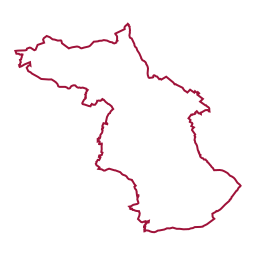 Floresti, Mehedinti, Romania (Equal Earth projection)
{"feature_id": "2599482B87855176216946", "entity_name": "Floresti", "entity_type": "district", "adm_level": 2, "iso_a3": "ROU", "parent_name": "Romania", "parent_adm1": "Mehedinti", "projection": "equal_earth", "projection_center": [22.911, 44.797], "detail": "fine", "context": "isolated", "style": "outline", "palette": "rose", "viewbox_px": 256, "rotation_deg": 0, "n_neighbors": 0, "source": "geoboundaries", "source_scale": "gbopen_adm2", "svg_char_len": 5761}
<svg xmlns="http://www.w3.org/2000/svg" viewBox="0 0 256 256"><path d="M210.1,165.0L208.7,163.2L207.2,161.9L207.3,161.4L205.7,159.9L205.5,159.5L203.9,159.5L203.0,158.3L202.0,158.1L200.6,157.1L200.1,156.1L199.9,155.2L200.4,154.9L199.4,154.0L199.0,153.1L199.1,152.6L198.5,151.9L198.7,151.6L197.8,150.0L197.1,146.1L196.4,144.4L195.2,142.6L195.0,141.0L194.7,140.5L194.5,140.0L194.8,138.8L194.8,137.9L195.3,137.0L194.5,135.7L195.2,134.5L192.0,130.0L192.2,129.2L193.9,127.4L191.3,126.1L192.2,124.4L192.4,123.5L191.9,122.8L189.8,121.9L189.9,121.2L190.5,120.0L188.5,118.3L191.2,114.7L192.0,114.9L192.4,114.3L193.7,114.3L195.0,113.9L195.5,113.3L195.2,112.6L196.8,111.2L198.6,113.3L199.4,113.3L200.9,114.1L200.8,112.6L202.1,112.1L205.3,110.2L207.5,110.0L207.9,110.2L208.9,111.4L209.5,111.5L209.3,110.2L209.3,108.6L209.0,107.9L208.4,107.2L207.3,106.6L206.0,105.3L205.5,105.4L200.1,101.6L202.9,98.9L197.5,94.8L199.1,93.3L197.8,92.1L197.1,93.0L195.0,91.2L194.3,92.6L190.1,89.7L187.4,92.5L185.6,91.2L184.5,90.6L182.9,88.4L182.7,87.8L176.4,84.7L175.8,84.2L174.8,84.0L174.7,84.0L174.8,84.3L174.6,84.3L174.1,83.7L173.9,83.2L173.2,82.4L166.2,76.7L161.3,79.6L160.5,78.9L159.8,78.9L159.2,79.2L157.2,76.6L156.1,76.4L154.5,75.3L153.9,75.3L153.6,75.5L153.3,75.9L153.2,77.2L152.6,77.5L149.3,77.9L148.6,77.5L147.8,75.1L147.6,73.3L148.0,68.4L147.6,66.6L147.1,65.4L146.3,64.3L146.1,63.3L145.5,62.2L144.1,61.0L142.4,60.2L141.5,58.7L141.2,58.3L141.2,57.7L139.3,53.4L137.3,50.4L136.4,47.8L135.1,46.7L134.5,45.4L134.3,43.9L131.7,38.5L130.2,37.8L129.9,37.5L129.4,35.5L129.6,34.0L129.9,32.9L129.8,31.5L130.0,30.3L129.5,26.8L129.6,26.5L128.8,26.0L128.6,25.4L128.8,24.8L127.8,23.8L127.3,24.4L125.5,25.9L124.7,26.9L124.5,27.6L124.7,29.1L115.3,33.6L115.4,34.1L116.6,35.5L117.1,36.6L117.1,39.7L116.9,40.4L117.4,40.8L116.5,41.4L116.3,42.6L114.4,43.4L113.1,43.1L112.5,42.4L109.8,41.9L107.1,40.6L103.8,40.1L101.7,40.7L99.1,40.8L98.4,41.2L97.2,41.4L93.8,41.7L90.1,45.7L88.7,46.5L83.9,47.6L81.7,48.3L80.9,48.2L78.8,46.9L77.0,46.5L72.2,47.3L69.4,48.1L68.9,48.4L62.0,43.3L61.4,40.9L60.9,40.4L57.8,40.6L54.7,39.6L52.5,39.3L49.8,37.2L46.7,36.0L43.8,38.2L43.1,39.6L44.1,42.7L37.6,44.9L35.6,49.7L34.3,50.2L30.7,47.8L29.6,47.6L27.0,48.6L26.5,50.0L24.9,50.4L18.2,50.6L15.4,50.9L16.4,53.7L18.9,53.8L19.6,54.5L20.2,54.6L21.7,54.3L22.5,54.5L22.3,55.4L21.8,55.8L21.8,57.1L21.3,58.3L21.1,59.4L20.0,59.9L20.8,62.2L20.1,63.5L20.1,64.5L19.1,65.0L19.4,65.6L19.3,66.1L19.7,66.9L21.6,66.2L24.6,64.4L30.0,62.2L30.4,65.5L29.8,65.1L28.4,65.7L26.7,67.8L28.3,71.2L30.6,72.3L32.0,73.6L38.0,76.9L40.7,78.7L41.5,79.0L49.0,79.5L51.5,79.4L54.1,81.0L55.9,82.3L57.5,84.1L58.3,86.3L59.6,86.9L65.3,86.9L66.9,87.5L67.9,88.4L68.6,88.5L69.5,88.4L70.1,88.0L70.7,86.9L71.4,86.1L73.4,85.3L74.6,85.3L75.4,85.5L76.4,86.7L77.4,87.4L78.4,87.7L79.7,87.5L80.7,87.9L82.8,87.6L86.5,88.8L86.6,89.9L87.6,90.1L85.9,92.7L86.2,93.2L86.1,93.6L85.2,94.4L85.8,95.3L85.4,96.1L85.8,96.8L85.3,97.6L85.8,98.0L85.6,98.4L84.0,99.8L82.4,102.8L82.3,103.5L82.7,104.1L84.8,104.6L88.8,106.0L90.5,106.3L91.1,104.8L91.7,104.7L91.9,104.0L93.7,104.8L95.1,104.7L96.8,102.4L97.2,100.8L97.6,100.9L98.9,100.5L99.9,100.8L100.5,100.8L102.2,99.8L101.9,99.4L102.5,99.0L103.5,99.9L103.9,99.9L105.8,102.1L106.7,102.7L107.9,103.8L109.2,104.3L111.7,106.4L112.2,107.5L113.2,109.0L111.1,110.9L110.3,112.1L110.0,113.1L108.7,113.8L107.0,117.0L105.9,122.1L107.3,123.7L107.2,124.2L103.5,123.2L102.3,126.1L102.7,126.7L102.5,127.7L103.1,127.7L102.9,128.4L102.2,128.4L101.9,129.2L102.0,129.7L102.6,130.5L102.1,132.7L100.7,134.5L100.4,135.1L100.2,136.3L100.4,136.7L99.9,138.2L99.4,138.8L98.7,138.9L98.5,138.5L98.3,138.9L97.7,139.0L97.7,141.4L98.4,141.0L99.2,141.1L99.6,141.5L99.7,141.9L99.4,142.5L99.6,143.0L99.1,143.7L99.1,144.1L99.6,144.2L100.5,144.0L101.2,143.6L101.8,143.6L101.8,145.0L101.6,145.7L101.7,149.4L101.3,152.0L102.5,152.6L101.8,154.9L99.2,155.5L98.9,157.0L99.3,157.1L99.7,156.9L100.4,157.0L100.5,157.2L99.8,158.9L99.1,160.1L98.4,159.9L97.7,159.9L97.1,161.1L96.3,161.9L96.5,162.7L95.8,163.8L96.6,165.4L97.3,165.7L99.5,167.4L98.4,168.9L101.6,169.3L103.9,170.6L105.1,170.5L106.7,169.6L109.1,168.7L114.5,170.3L115.2,170.3L120.3,172.2L122.1,174.2L122.9,174.7L125.4,175.6L126.7,176.6L127.4,177.8L128.7,179.1L131.9,179.9L132.0,180.5L132.5,180.9L134.3,184.0L135.7,185.7L134.4,186.7L134.8,188.1L135.3,189.0L136.1,189.7L136.7,191.9L136.6,192.3L137.0,195.4L138.4,195.2L138.5,196.0L137.9,197.2L137.6,196.3L137.3,196.4L137.5,198.3L137.3,199.2L137.9,201.2L138.2,201.9L138.4,203.0L137.8,203.6L137.0,204.0L133.3,204.8L130.9,206.3L129.3,206.6L130.7,208.1L130.2,208.8L130.7,209.1L132.2,208.8L132.6,209.9L133.8,210.0L135.4,210.7L136.8,211.0L139.0,211.2L139.0,211.8L139.4,212.2L139.7,213.4L139.4,215.5L138.0,219.0L141.0,221.9L142.2,222.3L144.0,221.6L145.5,221.2L145.8,221.6L148.0,221.3L148.9,220.9L148.7,222.4L145.6,223.0L146.0,223.9L144.6,225.2L145.3,226.1L144.8,226.6L144.0,226.7L144.0,227.3L145.1,227.9L145.0,228.6L144.5,228.9L144.3,229.3L144.4,231.3L144.9,231.2L145.3,230.6L145.8,230.4L146.8,230.4L148.7,230.7L150.1,231.4L152.1,232.0L154.3,232.2L155.9,231.7L157.8,230.6L159.7,230.4L164.4,229.5L167.0,228.3L169.8,228.4L172.7,227.6L176.7,228.8L179.7,228.8L183.5,229.3L188.9,229.1L190.7,228.4L192.8,228.1L194.8,227.1L200.4,226.9L202.8,226.6L203.2,226.1L206.9,224.3L214.3,218.8L213.1,217.6L212.6,216.7L212.4,213.7L215.7,211.9L216.4,211.0L217.2,211.2L218.4,210.7L218.5,210.5L219.8,209.8L221.2,208.6L225.3,204.4L229.3,200.9L229.8,199.6L230.4,199.5L231.4,197.9L231.7,196.8L232.1,196.6L236.4,190.8L236.7,190.8L237.4,190.1L238.7,187.6L239.9,186.7L240.6,185.8L239.7,184.6L237.4,182.7L235.0,179.1L233.7,177.7L231.7,176.4L230.0,175.7L227.6,173.1L224.4,171.3L222.3,170.4L219.7,170.0L214.1,170.2L212.8,167.9L212.0,167.3L211.3,166.5L210.7,165.5L210.1,165.0Z" fill="none" stroke="#9f1239" stroke-width="2"/></svg>